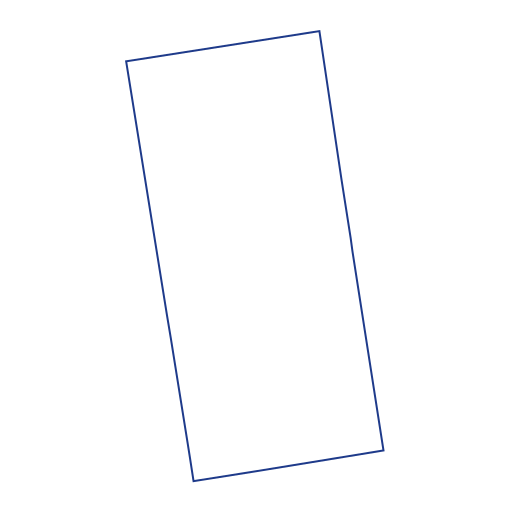 outline of Waushara, Wisconsin, United States of America, rotated 81°
{"feature_id": "52423323B36009872159897", "entity_name": "Waushara", "entity_type": "district", "adm_level": 2, "iso_a3": "USA", "parent_name": "United States of America", "parent_adm1": "Wisconsin", "projection": "robinson", "projection_center": [-89.144, 44.114], "detail": "fine", "context": "isolated", "style": "outline", "palette": "blue", "viewbox_px": 512, "rotation_deg": 81, "n_neighbors": 0, "source": "geoboundaries", "source_scale": "gbopen_adm2", "svg_char_len": 331}
<svg xmlns="http://www.w3.org/2000/svg" viewBox="0 0 512 512"><g transform="rotate(81 256 256)"><path d="M266.4,160.0L253.1,159.7L193.9,159.6L43.8,158.2L43.4,353.8L299.9,353.2L324.0,353.0L429.9,352.8L431.5,352.8L444.5,352.8L468.6,352.9L468.6,289.3L468.0,160.5L266.4,160.0Z" fill="none" stroke="#1e3a8a" stroke-width="2"/></g></svg>